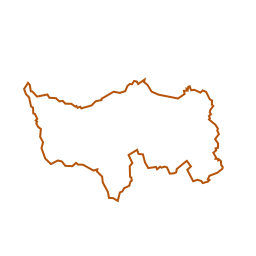 the district of Khao Phanom, Krabi, Thailand, rotated 337°
{"feature_id": "78962969B52375509392370", "entity_name": "Khao Phanom", "entity_type": "district", "adm_level": 2, "iso_a3": "THA", "parent_name": "Thailand", "parent_adm1": "Krabi", "projection": "robinson", "projection_center": [99.161, 8.285], "detail": "medium", "context": "isolated", "style": "outline", "palette": "amber", "viewbox_px": 256, "rotation_deg": 337, "n_neighbors": 0, "source": "geoboundaries", "source_scale": "gbopen_adm2", "svg_char_len": 1866}
<svg xmlns="http://www.w3.org/2000/svg" viewBox="0 0 256 256"><g transform="rotate(337 128 128)"><path d="M39.9,123.8L43.0,131.1L50.7,130.5L54.0,132.9L55.5,138.3L61.8,141.4L66.5,139.8L67.8,142.2L72.2,144.2L79.6,153.7L83.6,154.1L82.4,155.7L85.2,162.6L83.5,168.2L84.5,179.1L83.2,184.9L87.0,186.8L90.1,191.1L95.3,184.2L98.1,184.1L100.9,181.9L106.6,181.7L109.4,178.2L110.9,178.0L111.7,174.9L110.8,173.8L114.7,163.8L118.3,162.0L118.0,153.1L127.9,151.7L127.5,155.9L131.4,158.1L130.2,166.3L131.0,172.8L138.5,174.8L138.7,177.4L142.4,176.2L143.3,177.6L146.8,177.9L148.5,179.6L148.6,186.3L152.6,187.7L155.1,187.6L156.9,184.8L169.3,181.2L170.9,188.0L166.2,189.7L167.2,202.5L171.7,202.8L174.8,205.5L175.3,207.9L180.5,208.6L182.6,207.8L181.4,206.5L184.3,203.8L192.9,204.1L199.0,202.4L200.0,200.8L199.3,198.3L200.6,194.9L199.7,192.8L198.4,193.0L198.7,191.5L196.5,190.5L197.5,189.5L196.9,184.1L200.5,183.0L200.6,181.0L203.0,181.4L204.9,177.5L203.8,172.3L209.3,169.1L209.1,165.4L210.5,163.7L209.7,159.1L205.9,151.8L207.2,151.0L207.2,148.6L209.8,147.7L209.3,145.6L210.6,143.7L215.1,141.0L214.3,139.2L216.1,135.6L214.5,133.4L214.0,125.3L211.5,122.6L208.5,123.7L203.9,118.7L200.8,117.9L201.1,113.7L199.6,113.6L198.7,115.3L197.3,114.6L197.4,116.8L194.0,115.7L193.4,118.8L185.6,120.4L169.2,109.3L163.9,103.7L162.8,96.0L160.7,92.0L162.2,89.9L154.5,91.5L154.2,88.6L152.0,87.1L148.7,89.3L146.9,88.2L143.9,89.1L139.9,93.0L134.2,92.5L128.9,89.0L115.2,90.7L114.5,91.9L108.6,90.8L103.3,93.0L92.7,91.7L92.3,89.7L89.4,89.7L89.1,87.6L87.8,87.7L85.3,83.6L79.8,81.1L78.5,77.5L75.2,76.7L73.3,72.4L67.4,69.4L66.9,65.7L56.5,63.5L54.2,57.0L52.9,56.3L54.4,50.1L53.6,47.4L47.6,51.5L47.3,56.8L48.9,61.2L47.2,70.2L48.5,72.2L46.5,77.6L47.8,78.6L48.1,84.1L46.0,85.0L46.8,86.6L45.4,87.8L45.7,91.8L47.4,94.9L43.7,101.8L44.2,108.1L40.5,112.7L39.9,123.8Z" fill="none" stroke="#b45309" stroke-width="2"/></g></svg>